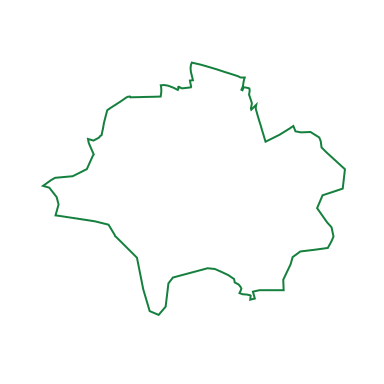 the district of Port-Harcourt, Rivers, Nigeria, rotated 11°
{"feature_id": "59680162B27901935497545", "entity_name": "Port-Harcourt", "entity_type": "district", "adm_level": 2, "iso_a3": "NGA", "parent_name": "Nigeria", "parent_adm1": "Rivers", "projection": "orthographic", "projection_center": [7.015, 4.783], "detail": "fine", "context": "isolated", "style": "outline", "palette": "green", "viewbox_px": 384, "rotation_deg": 11, "n_neighbors": 0, "source": "geoboundaries", "source_scale": "gbopen_adm2", "svg_char_len": 2123}
<svg xmlns="http://www.w3.org/2000/svg" viewBox="0 0 384 384"><g transform="rotate(11 192 192)"><path d="M124.8,249.9L126.4,250.8L150.5,267.0L162.7,296.8L173.2,317.0L182.7,319.0L188.0,309.6L186.3,286.2L189.6,279.6L221.8,263.9L229.0,263.2L237.0,265.0L243.6,266.7L249.9,269.4L251.2,272.6L255.4,273.9L257.6,275.7L258.9,277.4L258.7,279.0L257.9,282.2L261.2,282.7L265.5,282.2L268.8,282.3L269.4,282.6L269.7,286.6L274.0,284.6L270.8,278.2L277.0,275.5L300.7,270.9L298.3,260.7L302.6,244.1L303.2,236.7L309.7,229.7L323.1,225.4L336.0,221.0L338.3,213.8L339.4,208.7L335.7,200.0L330.5,196.1L317.9,184.0L320.8,170.3L339.3,159.9L337.8,140.5L316.7,127.6L310.7,123.6L308.6,117.4L306.5,114.2L296.9,110.5L287.4,112.7L282.0,112.7L278.9,107.9L276.7,110.0L276.0,110.8L267.0,119.1L254.6,128.6L250.5,120.8L248.4,116.9L247.1,114.2L244.5,109.5L241.9,104.5L239.6,99.9L239.1,99.1L238.7,97.9L238.4,96.4L238.4,94.1L234.5,99.9L233.9,98.9L233.9,95.3L233.9,93.8L233.8,93.4L233.4,92.7L232.6,91.1L231.3,88.8L230.1,86.7L229.5,85.7L229.4,85.3L229.4,83.9L229.3,82.5L229.3,81.6L229.1,81.0L228.6,79.5L228.3,79.3L225.6,79.2L223.0,79.3L222.7,79.5L222.1,82.5L221.0,82.2L221.8,78.7L221.6,74.0L221.7,71.3L221.9,69.6L218.8,70.2L217.5,70.3L216.7,70.1L215.4,69.6L207.2,68.6L200.8,67.9L193.2,66.9L182.9,65.9L175.8,65.3L169.3,65.1L167.2,65.0L166.9,66.3L166.7,67.7L167.0,71.0L168.0,74.3L171.6,82.1L168.7,83.0L169.6,85.3L170.7,87.9L171.1,89.0L170.9,89.5L166.8,90.8L163.0,92.0L162.0,92.1L160.8,91.8L159.6,91.3L158.6,91.3L158.4,91.7L159.0,92.9L158.6,94.5L154.0,93.2L150.1,92.5L147.7,92.2L144.2,92.3L141.0,93.2L141.7,95.1L142.5,98.0L142.9,101.0L143.0,104.3L137.2,105.6L136.9,105.7L128.9,107.4L122.7,108.8L114.8,110.5L113.5,110.8L113.3,110.3L112.9,110.1L110.7,110.8L109.2,112.1L105.0,116.4L99.6,121.6L96.2,124.8L93.2,127.9L92.8,133.9L92.4,140.8L92.5,146.9L92.4,150.3L92.4,152.4L92.4,153.5L91.3,154.4L90.3,156.4L85.5,160.3L79.8,159.8L81.3,163.6L88.4,173.9L87.8,175.1L84.4,189.6L71.8,199.3L54.9,204.2L51.3,207.3L44.6,214.4L51.1,215.0L60.1,222.8L63.4,229.7L62.5,241.0L65.7,240.8L102.4,239.3L116.3,240.0L124.4,249.0L124.8,249.9Z" fill="none" stroke="#15803d" stroke-width="2"/></g></svg>